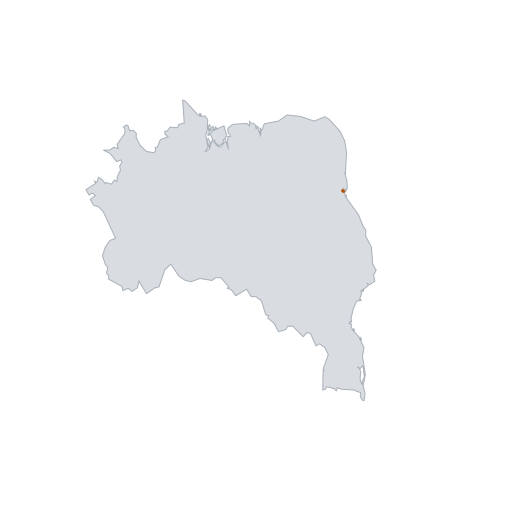 location of Maragogipe, Bahia, Brazil, rotated 328°
{"feature_id": "56859067B10355706610278", "entity_name": "Maragogipe", "entity_type": "district", "adm_level": 2, "iso_a3": "BRA", "parent_name": "Brazil", "parent_adm1": "Bahia", "projection": "equal_earth", "projection_center": [-38.951, -12.825], "detail": "fine", "context": "in_parent", "style": "filled", "palette": "amber", "viewbox_px": 512, "rotation_deg": 328, "n_neighbors": 0, "source": "geoboundaries", "source_scale": "gbopen_adm2", "svg_char_len": 4396}
<svg xmlns="http://www.w3.org/2000/svg" viewBox="0 0 512 512"><g transform="rotate(328 256 256)"><path d="M167.8,114.2L171.5,118.5L176.2,116.5L177.6,119.3L180.3,115.3L186.6,111.3L188.0,107.5L192.1,105.4L192.4,103.0L187.8,102.1L186.6,91.8L182.7,85.3L188.1,88.6L192.9,88.4L196.2,91.8L197.3,87.7L209.3,82.8L212.0,79.5L211.9,76.4L215.5,76.2L216.5,77.7L215.3,82.9L218.5,84.3L219.5,88.5L217.3,91.8L216.3,100.3L218.5,109.3L224.2,114.4L226.7,113.6L227.9,110.8L230.0,111.4L236.5,106.7L244.6,108.2L243.4,104.4L244.7,101.9L246.3,103.0L251.6,101.2L257.5,105.7L260.1,103.5L265.7,105.1L276.4,84.9L278.1,87.0L281.5,105.6L283.3,108.5L286.9,110.1L287.3,114.8L281.2,123.7L277.5,126.6L272.6,138.8L267.8,140.5L272.8,140.9L280.2,134.7L281.7,142.5L283.7,144.9L291.4,142.2L289.1,151.0L292.1,144.0L295.6,139.9L297.4,141.1L298.2,139.9L297.5,136.7L299.8,132.8L305.8,131.9L318.5,138.7L319.4,142.1L321.2,139.7L324.2,142.4L325.0,145.3L323.5,147.3L324.1,148.3L325.7,146.4L326.1,148.2L324.6,150.2L323.7,156.2L325.7,153.7L327.2,149.2L327.4,152.5L333.1,148.3L346.5,153.5L357.2,152.9L367.6,161.1L376.8,172.4L388.2,174.4L390.4,178.6L393.4,194.8L392.2,205.4L387.7,216.1L375.4,233.6L375.4,232.1L373.1,240.1L369.2,247.1L367.4,248.1L366.1,245.0L365.0,246.6L363.3,254.0L364.8,275.2L362.6,287.4L362.9,292.3L359.5,297.3L358.6,309.5L350.7,324.7L350.4,331.7L345.6,334.5L343.4,340.3L337.2,340.5L335.8,338.3L335.4,340.7L325.8,341.3L326.3,343.3L320.3,348.1L316.9,348.0L310.9,352.0L303.6,359.2L302.2,362.6L300.8,361.3L300.4,362.8L298.7,362.2L300.9,364.2L299.2,366.4L298.8,370.2L300.3,378.5L299.1,390.8L293.0,397.7L286.0,414.3L279.0,421.8L278.7,419.3L283.7,416.2L287.9,407.2L287.9,405.5L284.9,406.6L283.0,403.6L284.1,406.5L283.4,409.9L279.1,415.4L277.9,419.8L278.4,422.2L275.5,430.6L271.1,435.8L270.0,435.1L269.8,430.9L272.2,427.2L267.7,421.3L258.1,414.5L255.1,410.8L252.6,412.8L252.2,410.1L246.6,404.3L244.2,405.8L241.6,405.0L252.0,389.0L253.3,389.1L253.0,387.5L265.1,377.9L265.8,369.9L263.3,364.1L259.2,364.0L261.2,350.3L258.5,348.1L253.2,349.4L250.0,334.9L245.5,332.4L242.3,334.2L235.0,332.1L235.7,322.6L233.1,314.9L235.1,313.2L233.1,311.1L236.9,297.0L234.4,290.5L230.4,287.9L230.4,279.1L217.8,279.0L217.1,271.6L214.6,268.1L216.7,268.0L214.7,255.9L210.6,253.1L205.7,253.4L196.6,245.4L187.1,243.3L182.9,238.9L179.9,232.1L179.5,217.7L171.3,219.4L157.4,230.8L153.1,229.4L143.2,229.9L143.4,215.1L138.7,220.1L132.1,220.4L130.6,215.8L124.8,214.8L126.3,210.9L118.6,197.3L120.6,195.0L120.2,191.2L124.4,187.1L123.7,183.6L125.9,174.4L133.1,168.5L140.4,165.4L146.3,166.6L150.0,137.1L148.4,130.6L145.3,127.1L145.4,120.3L151.8,119.6L150.6,115.9L146.8,115.8L146.9,109.6L158.7,109.5L158.6,107.0L160.4,109.2L164.1,105.8L166.1,109.7L166.3,114.6L167.8,114.2ZM284.8,126.9L297.8,128.6L294.8,139.0L292.4,139.2L291.9,141.0L290.0,140.1L287.9,142.8L283.0,142.8L281.2,137.6L282.5,136.3L280.9,134.4L282.0,128.4L284.8,126.9ZM273.7,139.4L275.7,132.0L277.7,131.0L277.6,135.5L273.7,139.4ZM288.4,123.3L287.1,126.0L284.1,125.4L284.6,123.6L288.4,123.3ZM283.9,120.2L283.4,125.9L282.1,125.3L283.9,120.2ZM290.4,126.9L288.6,127.2L287.7,126.7L290.0,125.0L290.4,126.9ZM281.9,127.1L280.0,128.9L279.2,128.0L280.6,126.3L281.9,127.1ZM285.5,122.1L284.6,120.9L286.1,119.8L286.3,120.9L285.5,122.1ZM284.5,107.4L283.3,107.7L283.1,105.6L284.2,105.5L284.5,107.4ZM300.9,383.6L300.5,381.9L301.3,380.3L301.5,380.8L300.9,383.6ZM321.4,347.4L321.7,349.3L320.4,348.9L321.4,347.4ZM299.9,371.4L299.3,370.4L300.1,369.4L300.4,369.8L299.9,371.4ZM325.4,152.5L324.6,154.6L325.4,151.6L325.4,152.5ZM366.7,248.4L365.4,249.0L366.3,247.4L366.7,248.4ZM329.3,342.1L328.0,342.7L327.7,342.3L328.5,341.5L329.3,342.1ZM364.6,252.3L364.1,253.4L363.8,252.7L364.6,252.3ZM321.9,137.8L322.0,139.0L321.6,138.8L321.9,137.8Z" fill="#d9dde1" stroke="#a8b0b8" stroke-width="1"/><path d="M364.4,245.7L364.2,245.7L364.0,245.8L363.9,245.8L363.9,246.0L363.7,246.0L363.6,246.3L363.6,246.5L363.5,246.8L363.5,247.0L363.4,247.0L363.5,247.2L363.5,247.3L363.6,247.5L363.7,247.8L363.8,247.9L363.8,247.7L363.7,247.7L363.7,247.4L363.6,247.2L363.7,246.9L363.7,247.0L363.8,247.0L364.0,247.0L364.2,247.3L364.3,247.4L364.3,247.5L364.5,247.7L364.5,247.8L364.7,248.0L364.8,248.0L365.0,248.0L365.1,247.9L365.3,247.8L365.3,247.7L365.2,247.7L365.2,247.4L365.3,247.3L365.3,247.2L365.2,247.1L365.0,246.9L364.9,246.9L364.9,246.7L364.8,246.4L364.8,246.2L364.7,246.2L364.4,245.9L364.4,245.7Z" fill="#f59e0b" stroke="#b45309" stroke-width="1.5"/></g></svg>